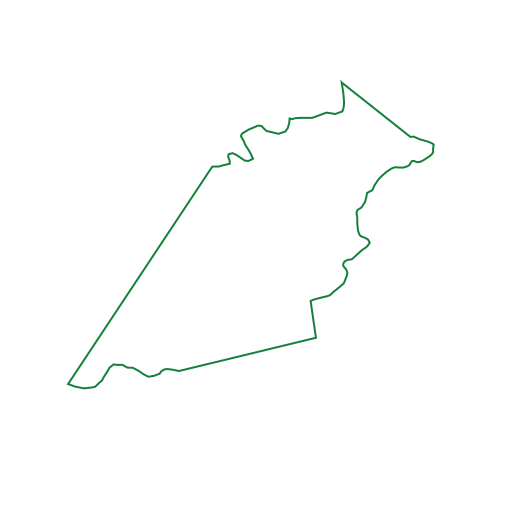 Carierre, Vieux Fort, Saint Lucia, rotated 294°
{"feature_id": "8701671B41249245584298", "entity_name": "Carierre", "entity_type": "district", "adm_level": 2, "iso_a3": "LCA", "parent_name": "Saint Lucia", "parent_adm1": "Vieux Fort", "projection": "mercator", "projection_center": [-60.966, 13.785], "detail": "fine", "context": "isolated", "style": "outline", "palette": "green", "viewbox_px": 512, "rotation_deg": 294, "n_neighbors": 0, "source": "geoboundaries", "source_scale": "gbopen_adm2", "svg_char_len": 2009}
<svg xmlns="http://www.w3.org/2000/svg" viewBox="0 0 512 512"><g transform="rotate(294 256 256)"><path d="M395.3,230.8L391.1,232.2L389.3,232.5L386.0,233.0L382.2,232.3L381.7,232.2L376.7,226.7L375.9,222.1L374.5,214.8L375.5,211.8L376.0,210.6L377.0,208.2L376.0,204.9L368.4,197.8L362.0,193.4L359.4,193.4L358.6,194.5L355.9,198.2L354.3,199.8L353.3,200.8L349.7,206.3L346.9,210.0L343.6,213.7L339.7,210.4L338.6,207.1L340.4,196.7L340.4,192.7L337.9,189.7L335.4,190.1L332.5,193.0L329.6,194.5L327.5,191.7L325.7,189.3L322.4,185.3L322.0,184.3L319.9,179.7L62.6,136.4L62.8,139.3L63.1,143.8L64.7,151.0L64.9,151.7L65.2,152.9L69.3,159.8L70.9,162.0L72.5,162.8L76.0,164.2L78.9,165.6L79.4,165.9L83.7,166.2L88.6,167.0L94.4,167.6L97.1,169.0L99.0,170.0L100.1,173.6L101.1,175.8L102.2,178.3L102.0,180.4L101.7,183.6L102.2,185.0L103.8,189.1L103.4,194.1L103.3,195.7L102.9,197.8L102.2,201.5L101.9,206.7L104.9,211.4L109.2,215.8L112.1,216.4L115.3,218.6L116.7,221.1L118.0,225.2L119.6,232.4L205.7,344.0L237.1,324.2L239.6,326.4L244.3,332.2L248.0,337.1L250.3,339.5L255.4,341.7L259.5,343.9L266.7,347.3L274.1,347.1L278.0,346.3L280.5,343.7L282.3,339.9L284.0,338.9L286.9,339.1L289.7,341.3L292.0,344.9L294.7,346.1L304.7,350.5L309.1,353.3L312.6,354.3L314.4,354.5L316.7,351.5L316.9,348.3L316.7,344.3L317.3,342.1L320.6,338.9L326.5,335.5L332.1,333.0L336.4,330.2L339.3,330.0L343.2,332.6L349.4,333.6L354.1,333.0L358.8,331.8L363.5,335.5L368.9,335.5L375.7,336.7L380.2,338.3L385.8,340.9L390.9,344.1L392.9,346.0L394.0,347.7L394.7,349.9L396.4,354.1L397.6,355.7L399.7,358.0L401.3,359.0L402.4,359.3L404.4,359.4L406.3,360.0L407.1,361.9L407.1,364.6L408.3,367.1L411.2,369.8L413.6,371.3L416.6,373.3L419.6,374.9L421.6,375.5L422.9,375.6L425.4,374.4L428.5,373.4L430.1,373.0L430.5,371.0L430.5,367.2L429.2,357.7L429.2,351.5L427.6,348.6L449.2,264.2L449.4,263.7L439.7,269.9L432.1,274.0L427.2,275.7L423.2,276.1L418.0,270.7L415.6,262.0L409.9,256.2L405.1,251.2L400.7,241.3L397.9,235.9L395.7,233.3L395.6,232.3L395.3,230.8Z" fill="none" stroke="#15803d" stroke-width="2"/></g></svg>